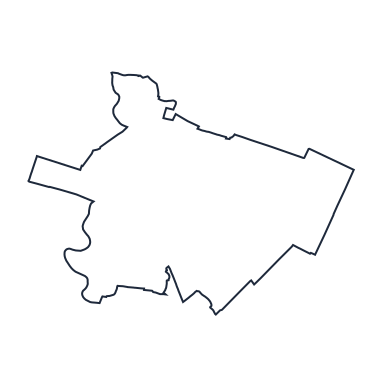 the district of Cosereni, Ialomita, Romania, rotated 267°
{"feature_id": "2599482B11808069805596", "entity_name": "Cosereni", "entity_type": "district", "adm_level": 2, "iso_a3": "ROU", "parent_name": "Romania", "parent_adm1": "Ialomita", "projection": "mercator", "projection_center": [26.552, 44.674], "detail": "fine", "context": "isolated", "style": "outline", "palette": "slate", "viewbox_px": 384, "rotation_deg": 267, "n_neighbors": 0, "source": "geoboundaries", "source_scale": "gbopen_adm2", "svg_char_len": 5697}
<svg xmlns="http://www.w3.org/2000/svg" viewBox="0 0 384 384"><g transform="rotate(267 192 192)"><path d="M205.7,354.7L229.0,311.5L228.9,310.7L220.2,305.9L220.2,304.9L233.0,273.6L239.3,257.4L241.1,252.8L244.4,244.8L246.7,238.7L247.3,237.6L246.2,236.7L245.8,236.4L245.5,236.0L245.3,235.8L244.9,235.0L244.8,234.9L244.6,234.7L244.4,234.5L244.3,234.1L244.3,233.8L244.2,233.4L244.2,233.0L242.9,232.3L243.6,228.7L244.6,229.1L245.0,229.0L246.2,225.4L246.6,224.2L247.3,222.5L247.7,221.1L247.9,220.2L248.4,219.0L249.6,215.8L250.4,213.9L251.2,211.7L251.3,211.0L251.6,209.6L252.3,207.7L252.8,205.8L253.0,205.2L253.6,203.8L254.0,203.0L254.9,200.8L256.1,201.6L257.1,202.3L257.7,201.3L263.0,191.4L266.9,185.5L270.7,179.8L264.8,176.5L266.2,170.8L267.3,167.3L270.3,168.2L277.3,170.7L275.2,177.7L277.2,178.6L277.8,179.0L278.1,179.2L280.6,180.4L280.8,180.5L282.4,180.6L282.5,180.6L282.8,180.5L283.0,180.4L283.7,179.4L283.9,179.1L284.2,178.6L284.4,178.1L284.4,177.5L284.4,177.2L284.3,176.3L284.2,175.1L284.2,173.3L284.1,172.3L284.0,171.4L284.1,170.6L284.2,169.6L284.2,169.3L284.9,167.2L285.4,165.9L286.7,163.6L288.7,164.4L288.9,164.3L289.2,163.7L289.3,163.1L291.3,163.5L291.5,163.5L291.8,163.5L292.1,163.6L292.3,163.6L292.8,163.6L296.4,163.3L297.9,163.0L298.4,163.0L300.5,162.6L301.4,162.4L301.8,162.2L302.0,162.1L302.3,161.8L305.3,158.1L307.4,155.9L309.2,154.5L309.4,154.3L309.8,153.7L308.7,149.0L309.3,148.2L309.8,147.7L310.9,146.4L311.0,146.2L310.6,145.0L310.6,144.8L311.1,144.8L311.2,144.3L311.2,143.8L311.2,143.6L311.4,143.3L311.5,143.1L311.8,140.7L312.0,139.0L312.0,138.2L312.1,137.7L312.2,136.8L312.3,135.1L312.3,134.2L312.2,133.0L312.1,132.2L312.0,131.3L312.1,130.4L312.2,129.6L312.6,128.4L314.0,125.1L314.2,124.8L314.5,124.3L315.5,118.7L315.2,117.8L313.4,118.3L312.7,118.5L311.5,118.7L309.0,118.3L307.3,118.2L305.1,118.0L304.0,118.1L302.7,118.2L300.8,118.8L298.3,119.1L295.1,120.9L293.3,123.3L292.3,123.9L290.8,124.4L289.1,124.2L286.8,123.5L284.0,121.6L283.0,120.6L281.9,119.5L281.3,119.1L280.6,118.6L279.2,117.9L278.5,117.7L276.5,117.6L275.0,117.6L274.1,117.8L271.8,118.6L269.6,119.9L268.3,120.9L267.1,121.7L264.5,123.5L262.9,125.3L261.9,127.2L260.3,130.7L259.6,130.1L255.9,125.8L253.1,120.7L252.9,120.4L245.9,109.3L245.4,108.6L241.7,102.8L240.3,102.4L239.3,99.7L238.6,95.4L235.5,93.9L223.6,84.1L224.0,83.2L219.9,81.6L236.0,39.0L235.3,38.8L223.1,34.0L220.4,33.0L219.6,32.6L217.8,31.9L215.4,31.0L214.5,30.7L213.3,30.2L212.5,29.8L212.0,29.6L211.7,29.3L211.4,29.3L211.2,29.5L211.0,29.8L210.7,30.4L208.3,37.9L204.4,49.6L204.6,50.1L201.4,60.0L195.6,76.5L191.6,84.9L187.7,93.2L185.8,90.6L183.8,89.6L181.5,88.9L178.9,88.3L175.6,87.9L173.5,86.7L171.3,85.1L169.1,83.5L168.0,82.7L166.7,82.1L164.9,81.4L163.6,81.0L160.3,81.3L157.6,82.9L154.9,84.8L153.3,86.1L152.1,86.7L150.5,87.4L148.4,87.7L147.1,87.7L145.7,87.4L144.1,86.7L142.4,85.3L141.5,84.0L140.6,82.4L140.1,81.1L139.1,77.8L139.5,74.5L139.7,72.9L140.7,69.6L141.2,68.5L141.7,67.2L141.9,66.3L141.8,65.6L141.6,64.5L141.2,63.6L140.4,62.7L139.4,61.9L138.3,61.6L136.4,61.4L134.5,61.5L132.7,61.9L130.0,62.9L124.5,66.1L122.2,67.7L120.3,69.4L118.5,71.5L114.5,79.2L113.7,80.7L112.4,82.1L111.4,82.8L110.4,83.1L109.5,83.2L108.4,83.1L105.6,83.1L104.0,82.5L102.1,81.4L100.9,80.3L99.8,79.0L99.2,78.2L98.4,77.6L97.2,77.1L96.0,76.9L94.6,77.1L92.8,77.8L91.4,78.8L89.9,80.3L87.4,84.6L87.0,86.3L86.4,90.8L85.9,93.9L91.7,96.6L92.4,97.1L91.7,100.7L91.8,100.7L92.0,100.8L92.2,101.0L92.4,101.3L92.4,101.5L92.5,102.1L92.5,103.6L92.5,104.2L93.4,107.9L93.5,108.3L93.8,108.8L94.1,109.2L94.4,109.4L94.8,109.8L95.1,109.9L95.5,110.2L96.2,110.5L96.8,110.7L97.4,111.0L98.3,111.5L99.1,111.8L99.7,112.0L100.3,112.1L101.9,112.5L102.1,112.7L102.2,112.9L102.1,113.1L101.9,114.5L101.5,118.2L100.9,120.8L100.5,122.6L100.4,122.7L99.9,126.5L99.8,127.3L99.7,127.9L99.6,128.7L99.4,129.6L99.3,130.7L99.1,131.9L98.7,134.4L98.3,137.1L98.1,139.1L96.7,138.9L95.5,146.9L95.3,147.2L94.1,148.0L93.5,150.5L91.7,154.7L91.6,156.4L91.5,157.5L91.5,158.1L91.1,160.3L91.8,159.6L92.5,158.0L95.4,160.1L96.5,160.5L97.3,161.0L98.3,161.3L101.8,162.0L104.6,162.1L104.9,162.2L105.0,162.6L105.1,163.8L105.1,164.0L105.3,164.1L105.6,164.0L105.7,163.9L105.8,163.9L106.0,164.0L106.3,164.2L106.6,164.4L107.4,164.8L107.6,164.9L108.2,165.0L108.8,165.0L109.4,165.0L109.9,164.8L110.5,164.6L111.2,164.3L112.9,162.7L113.2,162.3L113.6,161.9L113.8,161.7L114.1,161.8L114.4,161.9L115.1,162.9L115.4,162.9L115.6,162.7L116.1,162.4L116.5,162.3L116.8,162.3L117.2,162.4L117.6,162.7L118.9,164.6L116.5,165.9L116.3,166.0L113.8,166.8L111.7,167.5L110.0,168.2L106.2,169.5L103.1,170.5L100.8,171.3L99.5,171.6L97.9,172.1L95.7,172.9L94.2,173.3L92.2,174.0L85.4,176.3L82.6,177.3L83.6,178.8L86.6,183.1L87.9,184.8L89.5,187.1L91.0,189.0L91.7,189.6L93.0,191.5L92.7,192.1L92.6,192.7L92.5,193.5L92.4,193.7L92.3,193.9L92.0,194.3L91.0,195.0L90.4,195.5L89.9,195.9L88.9,196.8L88.6,197.2L88.4,197.5L88.1,197.9L87.6,198.5L87.4,198.9L86.6,199.9L86.2,200.3L85.8,200.9L85.3,201.3L85.1,201.6L84.5,202.2L84.1,202.6L83.3,203.2L83.0,203.4L82.4,203.9L81.9,204.2L81.4,204.5L80.9,204.7L80.7,204.8L79.8,205.1L79.4,205.3L79.1,205.4L78.4,205.5L78.0,205.5L77.6,205.5L77.2,205.4L76.9,205.1L76.7,204.8L76.5,204.5L76.4,204.4L76.2,204.2L75.9,204.1L75.7,204.1L74.8,205.0L74.0,205.9L72.8,207.0L71.7,207.5L70.9,207.8L70.2,208.2L69.6,208.4L69.1,208.6L68.7,209.1L68.7,209.4L68.5,209.5L72.4,213.9L72.6,215.3L72.7,215.6L73.1,216.1L91.1,235.7L100.1,245.6L100.6,246.5L96.4,249.2L98.6,251.8L102.6,256.3L120.2,275.4L132.1,288.7L133.8,290.1L130.6,295.4L130.0,296.6L127.3,301.2L125.1,305.1L124.2,306.6L124.8,307.2L125.0,307.5L124.8,307.8L124.3,309.0L122.9,311.6L142.2,322.0L161.7,332.1L162.6,332.3L170.6,336.4L186.7,345.0L187.3,345.3L205.7,354.7Z" fill="none" stroke="#1e293b" stroke-width="2"/></g></svg>